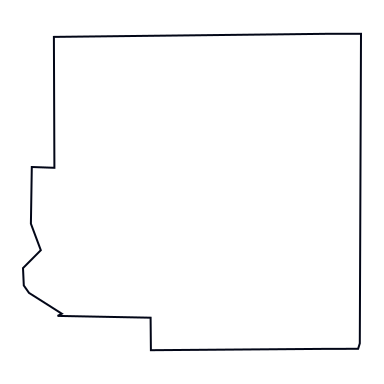 outline of Richland, Illinois, United States of America
{"feature_id": "52423323B13866918129633", "entity_name": "Richland", "entity_type": "district", "adm_level": 2, "iso_a3": "USA", "parent_name": "United States of America", "parent_adm1": "Illinois", "projection": "albers", "projection_center": [-88.143, 38.71], "detail": "fine", "context": "isolated", "style": "outline", "palette": "ink", "viewbox_px": 384, "rotation_deg": 0, "n_neighbors": 0, "source": "geoboundaries", "source_scale": "gbopen_adm2", "svg_char_len": 329}
<svg xmlns="http://www.w3.org/2000/svg" viewBox="0 0 384 384"><path d="M361.0,33.8L327.8,33.8L53.9,36.9L54.4,167.8L31.8,167.0L30.9,223.7L40.8,250.2L23.0,268.1L23.8,285.5L29.0,292.9L61.8,313.7L57.6,315.9L150.6,317.7L150.9,350.2L321.5,348.9L358.1,348.8L359.8,343.4L361.0,33.8Z" fill="none" stroke="#020617" stroke-width="2"/></svg>